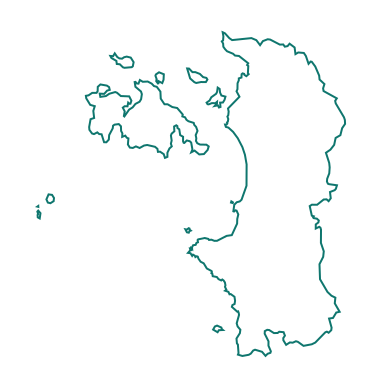 outline of Nha Trang, Khánh Hòa, Vietnam, rotated 183°
{"feature_id": "81297802B68033195953544", "entity_name": "Nha Trang", "entity_type": "district", "adm_level": 2, "iso_a3": "VNM", "parent_name": "Vietnam", "parent_adm1": "Khánh Hòa", "projection": "robinson", "projection_center": [109.244, 12.261], "detail": "fine", "context": "isolated", "style": "outline", "palette": "teal", "viewbox_px": 384, "rotation_deg": 183, "n_neighbors": 0, "source": "geoboundaries", "source_scale": "gbopen_adm2", "svg_char_len": 6012}
<svg xmlns="http://www.w3.org/2000/svg" viewBox="0 0 384 384"><g transform="rotate(183 192 192)"><path d="M169.7,353.1L168.8,349.1L168.9,345.0L170.1,344.0L168.7,341.9L168.3,338.7L166.4,336.3L164.4,334.4L158.2,332.2L156.2,330.5L152.2,330.3L142.6,323.5L143.6,321.7L142.4,320.8L142.4,313.5L141.6,312.7L143.8,310.5L145.8,311.7L146.1,312.7L147.7,313.1L148.6,312.2L148.6,308.9L151.2,307.9L151.1,306.0L152.2,303.0L152.0,297.0L152.8,294.9L149.6,289.6L160.4,277.3L159.6,274.2L159.8,270.6L160.6,269.2L159.6,266.8L159.9,264.1L160.7,263.3L160.3,262.2L161.0,261.2L162.5,261.1L161.6,258.8L159.0,258.2L154.1,254.2L149.1,248.1L144.0,239.4L141.1,232.0L138.9,222.4L137.9,201.1L142.1,186.9L143.8,185.1L146.8,184.1L149.1,181.5L149.7,174.9L149.0,174.7L147.6,176.0L146.5,175.7L144.6,172.0L145.4,167.5L145.3,162.8L150.0,151.0L155.1,150.0L164.4,144.6L167.1,144.4L170.1,145.4L172.5,145.0L173.2,146.0L177.0,146.7L183.4,145.0L183.9,144.3L183.4,142.1L184.9,141.4L185.6,139.4L188.1,138.9L189.1,136.7L188.9,135.2L190.3,136.4L190.8,135.5L189.8,135.1L189.8,134.3L190.9,134.9L190.6,133.8L192.8,131.0L190.3,130.8L188.5,128.2L187.7,129.5L185.8,128.5L185.2,127.2L183.9,128.1L182.8,127.7L182.1,125.8L179.7,122.8L176.6,121.4L173.2,116.4L168.3,114.1L167.9,113.1L168.4,112.0L167.4,111.4L166.9,109.0L162.7,108.4L161.0,106.4L158.2,105.2L157.2,106.2L155.8,105.3L154.4,103.4L153.7,100.6L154.1,99.0L152.6,96.3L153.8,95.2L150.4,94.2L149.2,91.8L148.0,92.1L144.1,89.6L143.3,85.7L143.6,82.4L145.7,81.2L146.2,79.4L140.5,74.8L139.7,75.2L139.0,73.6L138.6,71.7L140.5,63.2L139.4,60.1L136.5,57.0L136.8,53.5L139.9,48.0L139.2,43.1L138.2,42.1L137.1,33.5L137.6,32.0L133.1,30.9L126.8,32.4L124.8,33.7L122.6,36.9L120.8,37.8L113.7,36.1L110.0,32.2L108.0,34.4L105.3,35.5L104.9,37.0L107.6,42.5L107.8,46.9L112.0,54.3L112.0,56.9L109.7,58.3L107.7,58.2L102.8,55.4L99.1,55.7L97.6,57.0L93.2,56.8L91.7,53.4L93.2,50.9L93.0,48.7L90.0,44.3L86.4,46.9L83.5,46.8L80.4,48.4L78.4,47.9L72.6,44.2L64.4,46.2L61.0,48.1L51.5,58.9L50.0,59.6L48.2,58.6L45.7,61.3L45.5,63.8L48.5,72.8L44.6,73.6L41.6,79.2L38.3,80.1L43.6,88.3L43.3,94.0L47.3,95.7L51.5,99.3L59.6,111.6L60.9,126.6L57.6,134.1L57.3,139.7L60.6,147.9L61.2,161.2L61.9,163.1L63.1,163.9L66.5,162.0L66.7,166.1L64.2,168.2L63.9,170.2L65.9,171.9L69.2,172.3L69.7,173.0L69.1,174.1L71.1,174.6L73.7,184.1L71.6,185.6L66.4,185.8L60.1,191.4L57.2,191.7L55.1,190.0L53.1,193.0L54.2,199.2L49.6,201.3L48.5,202.7L47.6,206.3L55.6,207.0L56.7,207.4L57.8,209.5L57.7,212.3L55.9,217.8L55.8,223.8L56.5,228.2L60.3,238.2L56.0,241.5L52.5,246.5L51.4,253.5L46.8,256.5L45.4,263.6L42.7,268.0L43.1,271.9L44.1,274.5L53.1,288.0L53.8,290.5L52.3,293.1L65.9,299.7L66.5,302.4L65.4,306.7L70.5,311.0L71.1,314.9L75.5,323.8L79.2,328.3L80.3,328.5L82.3,326.1L85.4,333.8L87.6,336.7L93.2,336.9L95.9,335.1L97.1,341.7L102.3,345.2L104.2,342.7L106.9,342.0L108.6,344.1L112.0,343.8L121.9,348.3L124.4,348.5L129.1,346.4L131.7,342.2L135.7,347.0L140.7,348.8L159.9,345.8L162.8,347.6L167.4,352.2L169.7,353.1ZM226.0,230.6L222.2,228.3L220.8,224.7L218.4,225.8L218.6,230.0L216.8,234.3L214.6,236.5L215.6,239.1L215.0,242.3L216.0,247.3L215.4,249.2L212.8,251.7L213.3,256.5L211.2,257.8L210.1,257.1L209.9,255.2L208.0,253.9L206.8,248.2L203.8,246.7L203.6,242.2L202.9,240.7L202.2,240.6L199.9,243.2L196.9,242.6L195.4,241.3L193.8,234.5L194.8,231.6L191.6,233.5L186.7,229.9L182.1,230.5L178.6,234.8L177.7,238.4L180.1,240.0L186.5,239.8L189.3,241.0L190.7,243.2L190.5,245.9L191.3,249.0L189.7,253.3L191.3,257.2L193.3,259.2L193.9,261.1L199.3,262.5L201.3,263.8L202.8,266.2L205.6,267.0L205.3,268.9L211.2,275.1L216.1,275.8L220.9,278.3L224.1,278.2L228.1,283.6L228.8,290.6L232.7,295.2L235.5,295.8L237.9,298.1L242.0,300.0L246.9,299.5L249.9,301.1L251.1,297.4L252.8,297.5L254.2,299.0L255.0,298.8L254.0,294.1L248.2,289.7L247.2,287.1L247.7,282.0L249.1,279.4L253.1,277.0L255.7,273.4L259.1,271.0L263.5,263.9L264.0,264.3L263.4,269.0L265.5,272.6L263.8,274.1L260.9,274.2L260.4,277.9L259.1,276.8L258.1,277.0L257.3,280.0L259.7,284.2L268.1,284.1L272.1,287.2L273.9,287.8L279.7,285.8L283.0,283.3L288.5,282.2L289.3,285.4L284.8,285.4L282.1,288.8L279.5,289.7L280.3,292.4L282.6,293.8L289.1,294.6L291.6,292.1L291.5,287.8L292.5,286.0L296.8,285.8L300.4,283.1L303.0,282.5L302.5,280.0L298.2,273.7L293.6,272.6L294.8,267.8L293.6,260.8L297.1,259.4L298.1,251.5L297.7,248.7L294.9,245.2L292.9,244.7L289.7,246.6L287.7,245.0L285.3,244.9L282.4,237.1L280.1,237.2L277.8,240.0L277.7,244.5L274.5,251.4L274.3,254.1L272.9,255.2L268.7,256.0L266.4,253.9L266.0,249.3L264.6,246.9L264.6,243.4L261.6,244.8L260.0,242.8L258.3,242.2L258.5,236.1L256.4,233.1L253.4,232.9L250.4,234.6L246.6,233.2L242.3,235.9L239.2,236.6L231.3,235.2L228.8,233.3L228.1,230.3L226.0,230.6ZM265.9,312.5L258.7,313.5L257.7,314.4L257.1,318.6L260.2,323.0L264.3,323.8L266.9,323.0L268.8,321.5L271.5,321.6L273.7,322.9L276.4,326.4L277.9,323.5L280.7,323.6L279.5,321.6L274.4,319.0L273.8,315.9L270.8,315.8L267.5,312.9L265.9,312.5ZM170.7,279.9L169.5,277.8L168.0,278.4L168.6,282.7L165.8,283.0L164.3,285.8L163.6,289.0L167.7,289.9L169.2,292.8L169.8,296.4L171.8,297.6L172.2,293.3L173.0,291.4L177.7,287.6L179.2,284.3L182.1,282.0L181.1,280.5L179.9,280.4L176.8,281.8L173.3,281.9L171.7,283.4L171.7,281.7L173.8,279.1L170.7,279.9ZM195.4,301.8L193.5,301.1L188.7,302.3L183.9,302.5L182.5,305.1L183.6,306.7L186.9,307.3L190.3,310.3L195.0,311.9L197.8,311.7L201.4,315.1L203.3,315.1L199.8,305.3L195.4,301.8ZM233.5,300.8L231.7,298.6L231.2,298.8L231.3,301.0L227.4,299.2L226.3,302.6L226.3,308.1L231.2,309.8L234.2,307.5L234.6,306.2L233.3,303.1L233.5,300.8ZM332.8,173.4L329.7,175.6L329.5,178.8L331.6,181.8L335.1,182.1L337.0,177.0L335.4,173.9L332.8,173.4ZM163.7,55.7L159.1,53.3L157.9,55.4L153.9,55.8L155.0,56.6L155.6,58.2L160.0,59.9L162.1,58.9L163.7,55.7ZM344.6,165.4L345.4,164.4L344.5,161.8L345.0,161.0L344.7,158.6L342.7,157.6L342.2,162.9L344.6,165.4ZM195.0,151.5L193.1,151.2L192.5,152.8L191.2,153.4L192.3,154.2L192.6,155.4L193.4,155.7L195.2,154.2L196.7,154.4L195.0,151.5ZM152.2,184.7L152.5,183.5L150.8,183.1L150.6,183.8L152.2,184.7ZM344.8,170.0L345.7,169.3L344.7,169.1L344.8,170.0Z" fill="none" stroke="#0f766e" stroke-width="2"/></g></svg>